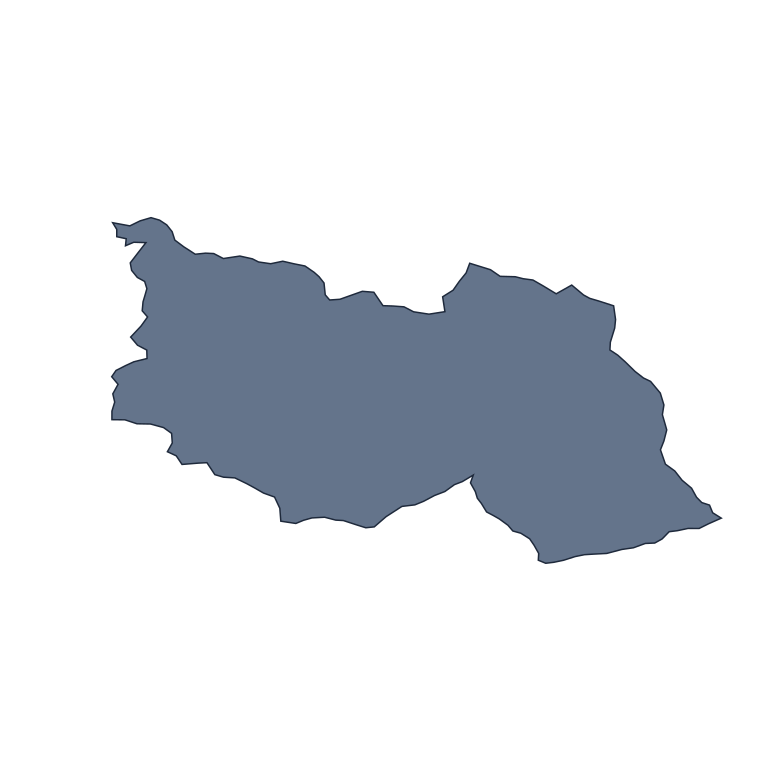 outline of Meridiano, São Paulo, Brazil, rotated 69°
{"feature_id": "56859067B90644311999946", "entity_name": "Meridiano", "entity_type": "district", "adm_level": 2, "iso_a3": "BRA", "parent_name": "Brazil", "parent_adm1": "São Paulo", "projection": "equal_earth", "projection_center": [-50.192, -20.403], "detail": "fine", "context": "isolated", "style": "filled", "palette": "slate", "viewbox_px": 768, "rotation_deg": 69, "n_neighbors": 0, "source": "geoboundaries", "source_scale": "gbopen_adm2", "svg_char_len": 2282}
<svg xmlns="http://www.w3.org/2000/svg" viewBox="0 0 768 768"><g transform="rotate(69 384 384)"><path d="M136.2,579.5L143.9,578.1L150.7,580.7L156.0,572.6L162.3,575.8L162.0,566.8L166.7,555.6L173.4,566.7L180.0,577.5L187.5,578.9L196.1,576.1L202.5,570.7L210.0,571.2L215.6,575.4L220.9,579.5L229.0,583.5L236.7,580.7L242.9,590.2L249.4,603.7L259.5,600.2L267.3,593.3L275.3,596.1L273.6,609.4L274.2,618.6L275.3,629.3L279.6,635.6L289.0,632.4L296.0,640.7L304.4,641.9L311.8,647.7L319.8,650.8L324.6,638.7L332.6,628.9L337.7,616.3L345.7,605.4L354.0,600.0L363.2,602.8L369.6,610.5L376.6,603.7L386.7,601.4L391.3,585.8L394.0,577.5L408.0,574.4L413.5,567.2L418.2,556.9L427.8,547.9L434.6,542.1L442.6,535.6L450.3,526.7L462.7,525.8L475.1,529.5L482.6,516.3L482.4,507.9L483.2,499.3L487.1,487.2L493.8,477.8L496.9,470.9L505.6,460.2L511.7,452.5L513.9,444.3L508.6,429.6L504.7,411.1L507.9,398.5L507.7,389.0L506.2,376.8L506.2,365.7L503.2,354.3L503.2,345.9L501.0,333.3L507.3,338.7L517.3,337.3L524.1,337.8L530.4,335.9L540.2,334.1L545.8,329.2L551.3,324.7L560.3,318.9L567.4,316.4L572.3,309.8L580.7,303.5L588.2,301.7L597.6,300.3L603.8,303.1L609.3,297.3L611.3,289.4L612.9,279.6L613.6,267.5L615.2,258.0L617.6,250.3L622.0,236.8L623.7,221.2L626.3,209.8L626.5,197.2L629.5,188.2L628.3,179.8L624.1,170.7L626.1,162.6L627.8,151.9L631.8,141.6L630.8,131.0L630.1,117.2L622.0,123.3L613.7,123.5L608.6,129.8L601.7,132.8L591.5,134.2L580.7,140.2L569.4,143.7L559.7,150.0L544.5,149.5L537.5,143.1L528.2,136.5L521.8,135.9L512.4,135.1L503.9,130.2L491.5,129.3L477.1,134.2L471.4,139.6L462.3,145.1L449.7,150.9L440.9,155.4L433.2,160.9L426.1,157.7L414.5,148.6L406.8,144.7L393.3,141.6L383.3,154.0L377.8,161.2L372.4,165.8L358.9,173.3L361.5,190.9L349.4,200.3L340.3,207.7L335.6,216.3L330.9,223.0L325.1,237.0L315.5,243.6L302.0,260.7L309.7,267.5L315.2,277.0L321.2,285.9L323.6,298.0L338.3,301.2L334.9,317.0L327.2,330.5L319.1,337.7L314.4,347.7L310.5,356.9L294.7,360.6L289.7,371.0L289.1,394.8L286.1,404.6L279.7,406.9L268.2,403.8L260.5,406.2L254.7,409.2L245.5,415.5L239.5,425.0L233.1,434.5L231.1,446.7L225.1,457.4L220.0,462.0L212.9,472.7L209.3,489.0L201.2,496.2L197.9,503.7L195.2,513.7L184.1,521.8L174.7,527.7L165.9,527.2L157.6,529.8L150.6,534.8L145.2,541.9L144.3,553.2L145.3,564.6L136.2,579.5Z" fill="#64748b" stroke="#1e293b" stroke-width="1.5"/></g></svg>